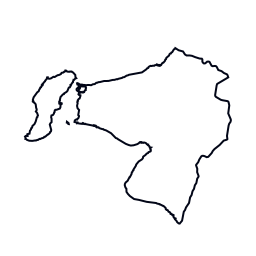 San Rafael del Yuma, La Altagracia, Dominican Republic (Equal Earth projection), rotated 99°
{"feature_id": "3306468B72129908795789", "entity_name": "San Rafael del Yuma", "entity_type": "district", "adm_level": 2, "iso_a3": "DOM", "parent_name": "Dominican Republic", "parent_adm1": "La Altagracia", "projection": "equal_earth", "projection_center": [-68.667, 18.325], "detail": "fine", "context": "isolated", "style": "outline", "palette": "ink", "viewbox_px": 256, "rotation_deg": 99, "n_neighbors": 0, "source": "geoboundaries", "source_scale": "gbopen_adm2", "svg_char_len": 5847}
<svg xmlns="http://www.w3.org/2000/svg" viewBox="0 0 256 256"><g transform="rotate(99 128 128)"><path d="M62.3,36.9L60.2,38.0L59.5,38.7L58.7,41.8L57.2,44.5L56.6,47.9L53.8,49.9L53.2,50.7L53.1,51.8L53.7,54.1L53.4,55.2L49.9,57.9L49.8,59.1L50.1,60.2L52.0,61.8L52.4,63.0L51.9,64.0L50.9,64.9L48.6,65.3L48.0,65.9L48.2,68.1L47.5,72.7L46.7,76.1L46.7,78.4L47.2,81.5L46.4,83.3L43.8,85.6L43.3,90.1L41.7,93.8L42.5,94.0L43.2,95.0L46.2,96.2L46.7,97.0L47.7,97.3L47.9,98.0L48.5,98.5L50.0,98.8L52.7,101.1L54.0,101.2L54.6,101.9L55.7,101.9L58.0,103.3L58.2,104.0L59.3,104.7L60.6,105.1L61.7,106.3L61.7,106.8L60.8,106.7L60.9,107.6L61.5,107.6L61.6,108.7L61.1,109.1L60.8,108.9L60.6,109.5L61.5,110.3L61.9,111.5L62.5,112.0L62.5,113.0L63.1,114.4L63.1,115.5L64.1,116.8L64.7,117.3L65.5,117.4L66.1,118.5L67.1,119.0L70.9,122.9L75.3,135.4L76.0,136.3L76.5,137.6L78.3,139.6L78.8,141.1L79.5,141.8L81.0,145.4L81.5,145.9L81.5,146.7L82.6,149.0L82.9,150.6L84.6,154.7L85.3,158.9L87.0,162.9L87.4,164.5L88.0,165.2L88.3,166.4L89.8,167.7L90.3,169.5L91.5,171.1L91.6,173.1L91.9,174.8L92.3,175.9L92.3,177.6L92.5,177.7L92.3,180.5L92.8,181.3L92.6,181.7L92.8,182.6L92.5,182.6L92.5,183.3L92.0,183.5L91.9,184.6L91.6,184.8L91.8,185.3L93.0,184.8L93.0,184.0L93.7,183.3L94.8,183.0L96.1,183.3L96.3,182.9L96.2,181.7L95.4,181.7L94.2,181.1L94.0,178.6L93.6,178.1L94.2,176.1L95.0,175.7L96.4,176.0L97.0,175.6L97.9,176.6L99.3,176.9L99.3,177.4L99.7,177.6L99.6,177.9L99.9,177.9L100.1,178.5L99.7,179.9L99.8,180.8L100.2,180.7L100.3,180.0L100.7,180.7L100.4,181.7L99.3,182.0L98.8,182.7L97.5,182.6L97.0,182.1L96.5,182.2L96.6,183.1L96.1,183.9L97.3,184.8L98.3,184.8L98.9,184.4L100.0,182.2L100.5,181.8L102.5,182.2L103.0,181.6L103.1,180.1L103.8,180.0L106.4,180.4L107.0,181.2L108.5,182.0L109.1,181.6L109.8,182.1L110.6,182.1L111.2,181.6L114.1,181.8L116.4,180.9L117.9,179.1L123.0,179.2L123.7,178.3L124.2,178.2L126.1,178.6L126.9,179.4L127.6,179.5L127.7,180.5L128.8,181.7L130.4,181.8L130.6,180.7L130.4,178.7L130.9,178.6L130.9,179.0L131.3,179.0L131.0,177.9L131.2,177.3L131.1,173.8L130.9,173.4L130.4,173.7L130.1,173.4L130.3,172.6L130.9,172.4L130.9,171.1L130.6,170.6L130.8,170.4L131.1,162.9L130.6,162.5L130.6,162.0L131.3,162.0L131.3,161.4L130.8,161.1L130.7,160.3L131.3,159.4L132.0,159.5L132.3,159.0L131.9,157.2L132.6,156.4L133.1,153.3L133.0,152.3L133.4,151.8L133.8,149.2L135.8,143.9L139.8,138.5L140.1,136.9L140.6,136.2L144.0,127.7L144.7,124.6L144.9,122.5L144.2,119.8L142.5,116.3L141.4,115.0L140.2,114.2L139.8,113.1L139.8,112.6L140.5,112.5L140.4,111.9L140.1,111.9L140.3,110.6L139.8,110.0L140.0,108.2L140.7,107.1L141.1,106.9L141.2,105.5L141.9,105.5L142.6,104.1L143.7,103.6L143.7,102.3L144.5,103.0L145.1,102.5L145.8,102.5L146.1,102.0L147.1,101.9L147.6,102.1L148.7,104.0L149.6,104.3L150.4,105.6L151.9,106.5L153.9,108.5L155.5,108.6L156.8,109.3L159.4,112.2L162.8,114.2L164.0,114.3L168.2,116.1L168.9,116.0L169.3,116.5L170.7,116.8L171.2,117.3L172.9,117.3L175.8,118.3L176.1,118.7L176.6,118.6L177.1,119.1L180.2,120.1L182.2,121.8L183.6,122.3L184.9,122.3L187.2,121.2L188.2,120.1L191.3,119.5L193.1,117.8L194.9,115.5L197.2,110.9L197.3,106.0L198.0,98.0L197.7,88.5L198.1,87.4L198.2,84.9L198.5,84.8L198.9,82.6L199.4,81.8L199.4,80.8L201.0,78.4L202.2,78.0L202.4,77.4L202.9,77.1L202.9,76.0L204.4,74.8L204.4,74.0L204.9,73.1L206.0,72.7L206.0,72.0L206.3,72.0L206.4,71.2L206.8,70.9L206.6,70.4L206.8,69.6L207.5,69.8L207.7,69.2L208.8,69.1L209.5,68.5L209.9,66.9L210.8,67.3L212.2,65.5L213.3,64.7L214.3,63.0L214.3,62.0L211.1,60.1L202.0,59.8L200.0,58.8L197.4,58.3L192.5,56.0L186.8,55.8L184.3,54.7L180.4,54.4L177.8,53.3L174.1,53.0L171.7,51.9L167.2,51.7L165.0,50.7L164.1,50.9L160.8,52.8L157.4,53.2L154.3,54.9L153.6,54.9L150.8,53.3L148.1,52.7L144.6,51.2L143.9,50.4L143.7,49.5L143.8,48.0L144.5,45.7L143.9,44.2L139.6,41.4L137.5,40.7L135.3,39.3L130.4,34.8L125.5,31.5L124.1,28.6L123.4,28.1L120.3,29.0L109.8,29.0L107.9,28.7L105.9,27.7L104.3,27.6L103.3,27.9L97.9,31.3L89.8,31.5L86.8,32.7L86.2,33.1L85.9,33.9L85.8,39.1L85.6,40.8L83.5,46.0L82.9,46.7L81.9,47.1L72.0,47.1L70.5,46.8L62.3,36.9ZM116.8,226.2L118.4,223.4L119.3,222.8L122.4,221.9L123.8,221.1L125.0,221.1L126.1,221.6L127.4,220.1L129.7,218.9L130.6,219.3L131.3,219.2L131.8,219.7L136.1,220.2L138.8,221.0L140.9,222.7L142.4,222.8L143.1,223.1L143.4,223.6L144.7,223.6L146.0,224.4L149.0,224.4L149.8,226.4L150.5,226.3L151.2,226.8L151.1,226.0L151.6,225.9L151.8,227.7L152.6,228.4L153.6,227.7L154.8,227.6L154.7,227.1L155.5,226.0L156.0,223.6L155.7,220.5L154.7,217.4L154.8,217.0L153.9,215.7L153.9,215.1L152.6,213.7L152.6,212.9L151.7,211.8L151.2,210.5L150.5,209.6L149.8,209.3L149.5,208.3L147.0,206.3L146.9,205.8L145.1,204.4L144.1,204.3L143.5,203.6L142.0,203.5L136.8,205.8L135.5,205.4L134.2,204.4L130.9,204.9L129.4,205.6L127.6,205.6L126.8,204.1L125.3,203.4L124.2,203.4L123.8,203.0L122.1,203.1L121.4,202.6L121.2,201.5L119.5,198.4L118.0,198.0L115.6,198.3L114.8,197.3L114.1,197.3L114.1,197.9L113.9,197.8L113.7,198.3L114.9,198.9L114.7,199.7L112.7,200.1L111.3,199.5L110.9,199.7L108.0,199.5L105.5,197.9L104.6,197.1L104.5,196.6L103.8,196.5L102.0,194.4L100.8,193.6L97.7,192.9L97.2,192.6L96.9,191.8L95.5,191.3L94.6,191.6L94.3,190.9L92.9,190.6L91.3,189.5L90.5,189.7L89.5,189.2L88.9,189.3L88.8,188.7L87.5,187.9L86.9,186.9L86.1,187.8L83.8,188.4L81.8,190.9L81.3,192.1L81.3,193.0L81.1,193.0L81.3,194.3L81.7,194.8L81.8,196.9L81.0,198.0L81.0,198.8L81.7,198.8L81.9,199.3L82.4,199.5L82.5,200.0L83.3,200.5L83.9,202.2L85.3,202.8L86.5,204.6L86.9,205.8L89.1,208.4L89.1,209.7L91.0,211.8L91.6,213.1L91.7,214.2L91.4,214.9L90.5,215.1L90.6,215.8L92.6,216.1L94.1,217.2L94.8,217.2L96.2,218.3L97.6,218.8L97.7,219.2L98.5,219.0L98.9,219.7L99.5,219.3L100.3,220.1L101.3,220.2L101.8,221.0L102.8,221.0L103.7,221.6L105.7,222.0L106.9,223.2L112.4,226.0L115.1,226.4L116.5,225.5L116.5,226.2L116.8,226.2ZM133.4,187.1L132.4,187.5L131.4,189.3L132.2,189.3L132.3,188.4L132.8,188.3L133.1,187.7L133.4,187.5L133.4,187.1Z" fill="none" stroke="#020617" stroke-width="2"/></g></svg>